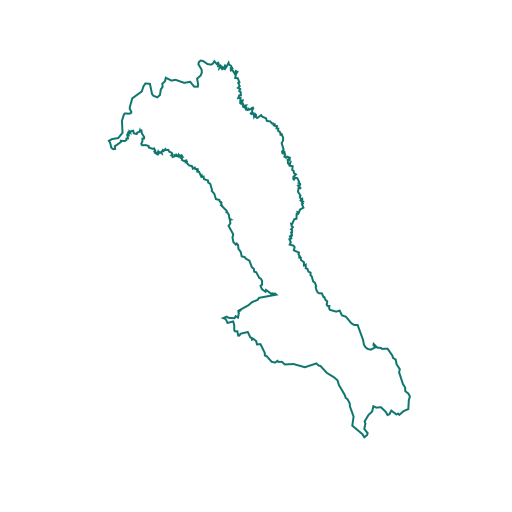 the district of Tauramena, Casanare, Colombia, rotated 165°
{"feature_id": "7082276B3556955758097", "entity_name": "Tauramena", "entity_type": "district", "adm_level": 2, "iso_a3": "COL", "parent_name": "Colombia", "parent_adm1": "Casanare", "projection": "equal_earth", "projection_center": [-72.586, 4.743], "detail": "fine", "context": "isolated", "style": "outline", "palette": "teal", "viewbox_px": 512, "rotation_deg": 165, "n_neighbors": 0, "source": "geoboundaries", "source_scale": "gbopen_adm2", "svg_char_len": 6108}
<svg xmlns="http://www.w3.org/2000/svg" viewBox="0 0 512 512"><g transform="rotate(165 256 256)"><path d="M147.9,106.6L146.4,109.4L148.2,115.0L147.9,119.8L150.1,122.2L150.0,124.3L152.9,132.4L158.6,133.8L159.2,134.9L162.6,136.1L165.1,140.6L165.6,139.7L164.4,136.9L169.3,135.8L172.0,137.2L173.8,139.4L174.7,142.5L174.3,147.2L175.7,163.0L179.1,164.0L181.4,166.5L184.8,174.0L188.4,176.5L189.3,181.6L192.9,181.5L198.5,184.8L198.9,186.5L198.1,188.7L199.7,189.1L200.3,190.7L198.9,193.8L200.3,195.7L200.6,198.6L201.4,198.9L202.1,202.9L204.4,203.5L205.8,204.8L206.4,207.0L206.4,210.5L205.7,211.2L206.0,215.0L207.4,216.7L207.4,221.6L208.3,223.6L207.6,225.8L209.4,227.3L209.6,230.2L211.1,231.3L210.2,234.8L212.1,234.5L211.3,237.6L213.5,240.3L213.4,242.6L214.6,243.2L214.4,244.0L213.5,243.7L214.5,246.8L213.6,248.1L218.0,251.7L216.4,254.6L217.2,256.4L220.5,258.3L218.8,260.4L219.4,263.6L217.5,263.8L218.2,266.1L217.3,266.6L216.7,265.8L215.7,266.9L216.0,269.6L215.0,269.6L214.4,271.7L215.2,272.6L212.9,274.3L213.8,275.7L213.7,278.0L212.9,277.5L209.5,281.6L207.3,281.5L205.8,286.2L204.6,285.9L204.5,287.7L203.2,286.9L201.6,289.4L197.7,290.4L198.2,294.2L197.1,294.6L197.7,296.3L196.8,296.5L197.9,297.5L196.9,297.5L196.6,299.3L197.9,298.9L198.4,301.9L197.4,302.7L198.8,307.2L197.2,310.9L195.1,309.5L197.1,313.2L195.0,313.3L194.7,314.4L196.0,315.6L195.2,316.6L195.9,320.4L197.7,321.4L199.6,320.0L200.0,320.7L199.4,322.8L196.3,324.5L197.9,326.2L197.6,328.4L198.7,329.7L197.4,333.3L200.1,334.5L198.8,337.0L200.6,336.2L201.1,337.3L200.5,340.8L199.2,341.3L198.7,340.0L197.9,342.2L200.2,343.9L201.5,343.1L202.9,344.6L201.7,345.9L201.6,349.4L202.7,349.7L203.2,348.0L203.8,348.3L203.8,350.1L201.8,351.7L202.0,358.4L199.8,360.8L199.2,363.4L199.7,367.1L200.9,366.8L200.7,369.4L202.2,371.2L201.5,373.3L203.1,374.0L202.2,376.1L203.9,376.6L203.9,378.4L205.1,378.0L205.3,379.7L206.4,380.0L207.4,382.3L210.5,383.6L210.7,386.5L213.9,388.9L214.5,390.7L219.2,389.0L220.3,390.4L219.4,392.2L219.9,393.1L221.8,391.1L221.4,394.4L223.7,394.2L224.1,395.1L222.4,395.9L222.0,397.9L220.5,399.2L220.7,400.2L224.4,399.1L225.1,400.1L226.1,399.1L227.8,400.0L227.7,401.9L226.5,400.8L227.6,403.1L226.6,404.0L227.9,404.2L228.8,402.5L229.8,403.4L229.2,406.3L229.7,408.0L228.6,409.7L229.6,409.8L231.1,407.0L231.7,407.8L230.0,412.8L232.3,413.1L230.6,415.5L229.0,415.2L228.4,418.2L229.5,419.6L228.0,421.3L229.9,423.1L227.8,424.2L228.4,427.7L227.1,428.0L227.6,432.4L230.0,433.3L228.3,436.8L226.3,438.7L227.6,439.9L229.3,437.2L230.6,441.7L232.2,441.7L231.8,443.9L230.4,443.7L231.0,446.3L232.5,447.8L232.5,449.7L235.8,446.2L236.6,448.0L238.1,446.2L237.1,445.4L237.7,444.6L239.8,447.4L240.2,444.3L240.7,448.0L242.8,446.8L241.6,449.4L243.4,449.4L242.3,451.6L242.6,452.5L244.3,451.6L245.8,454.9L248.2,452.8L249.9,452.5L253.1,453.9L256.6,458.0L258.9,459.1L261.0,458.1L262.0,456.1L260.3,450.1L260.8,447.3L262.8,444.6L267.0,442.6L267.5,436.5L268.4,434.6L271.9,435.6L274.5,441.3L280.5,441.8L288.1,447.0L292.2,447.3L297.0,451.5L298.6,448.4L301.9,446.7L302.5,443.4L304.8,441.6L307.1,436.4L310.3,434.8L313.6,437.3L314.5,439.3L313.9,449.7L318.1,451.3L320.6,449.2L323.8,444.5L334.7,440.3L339.3,432.6L339.9,430.7L339.1,427.6L339.5,426.6L341.3,426.2L345.7,427.6L346.9,426.9L350.5,421.3L353.0,409.6L358.5,405.6L364.8,406.2L368.3,405.3L367.6,403.4L367.7,398.0L366.4,396.2L364.4,395.9L364.0,398.5L357.0,401.1L356.7,402.3L353.1,401.0L351.3,401.5L350.8,402.9L349.2,402.7L349.1,406.0L347.8,405.5L348.1,407.7L347.3,408.5L346.7,407.8L346.1,409.2L345.4,407.8L345.2,408.8L342.2,408.8L342.3,406.1L339.7,404.7L338.9,405.9L336.2,406.2L335.5,407.4L335.4,406.5L334.2,406.8L334.5,404.1L333.2,399.6L333.9,398.4L335.3,398.8L336.2,395.8L337.8,394.0L337.4,392.5L333.7,391.6L331.2,390.0L331.4,388.5L328.0,386.2L326.6,386.3L326.1,384.0L327.0,383.5L326.1,382.1L326.8,381.8L325.6,380.4L324.9,381.1L324.6,380.2L323.6,381.8L323.5,380.2L322.1,381.3L320.5,379.5L320.5,380.7L319.4,381.8L318.4,381.3L318.2,382.3L317.5,381.7L316.0,382.6L316.0,381.8L313.2,381.2L312.7,379.1L310.7,377.6L310.5,376.1L311.5,375.3L310.6,375.1L311.0,374.6L310.9,373.2L308.1,373.5L308.0,374.2L306.8,373.2L306.5,374.2L304.9,371.9L304.3,373.5L303.9,372.5L301.8,372.6L301.3,371.0L302.6,371.5L303.0,370.3L302.2,370.1L302.5,367.6L300.9,366.4L299.0,366.4L299.4,365.5L298.5,365.8L298.3,364.9L299.0,364.1L297.1,360.7L294.6,359.5L294.4,356.7L292.3,357.3L292.2,355.7L289.9,355.1L289.9,353.3L290.7,353.9L290.9,352.6L289.2,352.0L288.4,347.2L287.6,347.8L287.6,346.3L286.1,346.3L286.3,343.7L282.8,341.3L283.2,339.4L281.5,337.5L281.4,331.3L281.9,330.3L280.2,326.9L280.0,321.3L276.9,319.7L276.9,318.0L275.5,316.7L276.2,315.6L275.8,313.7L276.4,313.7L272.6,307.2L273.2,305.9L272.3,305.4L271.6,302.8L272.0,298.9L270.9,297.8L271.8,297.9L272.3,294.2L274.7,292.2L272.4,282.9L274.0,279.7L274.2,275.1L272.5,272.2L271.4,273.0L270.5,271.2L271.1,267.4L269.7,264.0L269.9,259.3L267.2,257.9L266.6,256.2L263.6,253.2L262.9,246.1L261.4,244.3L261.8,241.3L260.0,240.3L258.5,234.0L257.1,232.7L256.6,230.3L257.6,226.7L259.3,226.1L258.9,222.5L256.1,219.0L255.1,220.6L251.3,215.8L249.5,215.6L248.3,214.2L247.4,214.8L246.4,213.4L264.0,214.8L265.8,213.2L271.7,212.5L276.0,210.4L286.5,207.8L285.8,207.2L287.5,206.5L287.4,205.2L289.3,201.2L291.2,203.1L292.9,201.5L298.2,203.2L300.0,205.0L303.7,204.5L301.6,202.9L300.8,198.7L295.0,198.7L294.9,194.9L296.2,190.0L295.8,188.7L293.5,188.1L293.8,183.7L292.7,183.4L291.0,184.9L283.6,184.7L282.5,178.7L281.3,178.0L281.5,176.3L280.1,176.7L277.8,173.7L278.0,170.4L274.5,169.7L272.6,160.0L273.2,157.6L271.6,156.4L268.2,149.7L265.1,148.1L262.4,149.2L261.9,148.0L258.3,147.0L256.3,143.8L247.6,141.9L237.6,135.9L225.5,136.6L223.9,134.0L222.2,133.1L217.8,124.7L212.1,118.7L209.4,114.7L209.3,109.9L206.2,98.7L206.1,95.8L204.6,93.8L203.6,89.3L204.2,86.6L203.3,75.6L206.9,67.2L199.4,56.5L198.3,52.9L195.1,54.3L194.0,56.0L196.2,60.9L193.7,65.8L193.9,68.1L188.4,73.4L184.1,75.7L181.5,80.5L179.0,78.4L174.5,77.6L171.0,71.9L170.1,68.3L168.0,68.7L165.3,71.6L161.4,66.6L159.6,67.0L158.7,65.5L153.4,68.0L148.5,68.7L145.8,76.9L143.7,80.6L144.4,83.6L146.8,86.8L146.0,90.3L147.2,94.1L147.9,106.6Z" fill="none" stroke="#0f766e" stroke-width="2"/></g></svg>